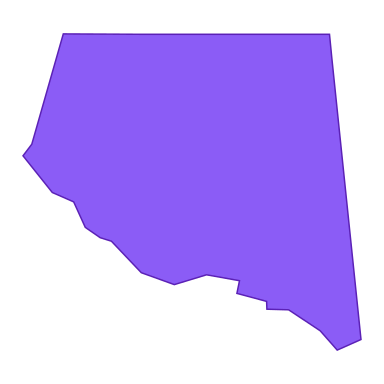 Rains, Texas, United States of America (Natural Earth projection)
{"feature_id": "52423323B52067062833636", "entity_name": "Rains", "entity_type": "district", "adm_level": 2, "iso_a3": "USA", "parent_name": "United States of America", "parent_adm1": "Texas", "projection": "natural_earth1", "projection_center": [-95.807, 32.846], "detail": "fine", "context": "isolated", "style": "filled", "palette": "violet", "viewbox_px": 384, "rotation_deg": 0, "n_neighbors": 0, "source": "geoboundaries", "source_scale": "gbopen_adm2", "svg_char_len": 397}
<svg xmlns="http://www.w3.org/2000/svg" viewBox="0 0 384 384"><path d="M331.7,56.8L329.5,34.3L142.7,34.3L63.3,33.9L31.8,144.2L23.0,155.8L52.3,192.5L73.7,201.9L85.3,227.4L100.2,237.7L111.4,241.2L141.3,272.7L174.3,284.6L206.5,274.8L239.5,280.7L236.9,293.4L266.6,301.4L266.9,309.2L288.6,309.8L320.2,330.8L337.2,350.1L361.0,339.5L331.7,56.8Z" fill="#8b5cf6" stroke="#5b21b6" stroke-width="1.5"/></svg>